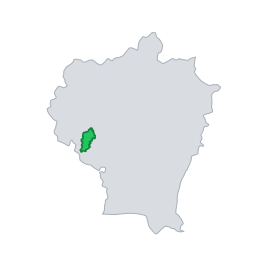 Myadzyel, Minsk, Belarus (highlighted), rotated 281°
{"feature_id": "67162791B89573771278316", "entity_name": "Myadzyel", "entity_type": "district", "adm_level": 2, "iso_a3": "BLR", "parent_name": "Belarus", "parent_adm1": "Minsk", "projection": "albers", "projection_center": [26.974, 54.814], "detail": "medium", "context": "in_parent", "style": "filled", "palette": "green", "viewbox_px": 256, "rotation_deg": 281, "n_neighbors": 0, "source": "geoboundaries", "source_scale": "gbopen_adm2", "svg_char_len": 5206}
<svg xmlns="http://www.w3.org/2000/svg" viewBox="0 0 256 256"><g transform="rotate(281 128 128)"><path d="M210.3,180.7L206.3,180.7L201.5,181.1L198.9,183.2L195.9,182.5L193.9,183.6L189.4,189.1L187.7,191.9L186.1,196.3L185.2,199.5L185.9,201.7L186.9,203.8L187.2,206.0L187.8,207.7L186.6,209.0L186.0,210.9L184.0,210.7L181.4,209.0L180.7,206.5L178.7,204.8L177.4,204.0L175.4,203.9L172.1,204.9L167.8,205.7L164.5,206.0L162.7,207.0L160.1,207.9L159.1,206.9L157.5,204.1L156.2,201.3L155.4,200.0L154.6,199.7L153.7,199.8L152.8,200.8L152.0,201.7L149.3,202.9L148.1,203.9L146.9,206.6L146.0,206.4L145.1,205.8L144.0,202.9L142.5,202.3L140.2,202.3L137.4,201.7L135.0,200.9L134.2,201.1L132.9,202.4L131.4,202.6L128.1,201.5L127.5,202.0L125.6,205.3L124.8,205.5L124.3,205.1L124.5,202.2L122.6,201.2L119.4,201.1L117.2,201.5L116.1,201.4L115.5,200.9L112.8,196.1L111.3,195.8L108.8,196.1L104.9,195.5L100.5,194.4L98.1,194.0L96.9,192.9L94.2,192.5L87.0,190.4L84.0,190.0L79.7,189.9L73.0,189.3L68.8,189.5L66.8,190.1L64.5,190.4L56.6,190.7L53.8,191.1L52.9,192.1L51.9,194.3L48.5,197.9L45.2,200.3L44.6,200.5L42.8,199.1L41.3,198.5L39.5,198.3L38.2,198.7L37.4,199.3L37.3,202.2L37.1,202.4L35.9,198.9L36.2,195.8L37.0,194.0L38.0,192.5L37.8,190.0L38.8,186.9L39.0,184.6L38.6,183.6L37.9,182.4L36.0,181.0L35.1,180.0L32.4,178.5L29.8,176.7L29.4,175.6L29.5,174.9L30.1,173.9L32.3,170.9L34.7,168.0L36.2,166.9L44.0,163.4L45.2,162.1L45.6,159.8L45.7,155.2L45.4,151.0L45.0,148.0L43.8,142.5L40.4,131.1L38.7,119.3L40.2,120.1L43.7,120.5L46.5,119.8L48.0,119.8L49.3,120.1L53.0,119.6L53.8,120.7L55.5,121.6L58.8,120.4L61.7,118.9L64.7,119.2L65.1,118.4L66.0,114.2L66.9,113.4L70.4,113.9L71.7,113.2L73.2,111.2L75.3,109.9L77.0,110.0L78.9,108.6L79.8,109.6L80.2,111.3L79.5,112.7L79.8,113.2L81.0,113.9L83.2,113.9L84.6,113.4L84.9,112.6L84.9,111.2L84.6,109.9L83.7,108.7L82.0,108.1L80.8,108.0L80.6,107.3L81.1,105.8L82.2,102.9L83.5,100.3L84.3,99.4L84.5,98.5L84.4,96.9L84.4,94.1L85.6,90.2L87.2,87.2L89.3,86.3L91.8,85.8L93.5,84.4L94.3,82.8L95.0,80.3L95.8,79.8L101.9,80.2L102.8,77.6L103.3,76.9L104.5,76.2L105.3,75.3L105.0,74.6L103.5,74.1L99.8,73.7L99.1,72.8L99.4,71.8L100.3,69.2L101.3,65.9L101.8,63.2L101.8,61.7L102.4,61.3L105.3,60.8L106.3,60.3L108.8,56.7L110.7,56.1L115.7,57.0L117.9,56.9L120.8,57.2L121.1,56.8L122.1,53.3L126.9,47.6L129.5,45.6L131.1,45.1L131.7,45.2L134.3,48.1L134.9,48.3L136.7,47.0L139.7,46.8L141.1,47.8L143.2,51.4L144.2,51.8L147.1,49.7L148.7,49.0L149.8,49.0L155.4,51.6L155.8,52.5L155.9,53.6L155.1,56.9L156.4,58.9L157.8,60.3L160.5,57.9L161.6,57.2L162.7,57.1L164.2,56.2L165.3,54.9L166.3,54.4L168.4,54.6L172.0,54.2L176.4,56.0L176.8,56.6L179.1,58.8L179.9,59.9L180.6,60.3L181.8,61.3L183.4,62.0L184.5,61.7L185.0,62.0L185.5,62.9L185.7,64.5L185.7,68.9L184.3,71.2L184.2,72.0L184.3,73.0L185.6,74.8L187.4,77.7L187.9,79.4L187.9,80.7L186.0,84.5L185.3,85.5L184.9,87.4L184.7,89.2L184.9,90.0L188.7,92.8L191.6,94.3L192.2,95.0L192.3,95.5L191.0,98.8L191.0,99.7L193.2,100.9L194.6,102.9L195.8,106.3L198.1,109.4L206.3,113.7L207.0,114.5L207.3,115.6L207.2,117.8L206.1,122.2L207.5,122.7L210.9,122.3L215.2,122.5L220.5,125.2L220.6,126.5L220.2,127.8L220.6,129.1L221.3,130.1L225.9,133.2L226.4,134.1L226.6,135.8L226.6,137.0L225.4,137.3L224.1,138.0L222.0,139.6L221.3,141.7L217.9,144.8L215.7,146.3L214.0,146.4L209.7,146.2L208.1,144.9L207.4,143.7L205.7,143.2L203.6,143.3L200.6,143.7L200.0,144.1L199.6,145.7L198.5,148.5L197.7,150.0L201.8,155.1L203.9,157.2L204.6,158.5L204.6,159.4L203.8,160.6L204.1,162.8L206.1,165.7L205.5,166.2L205.6,169.9L205.9,173.7L206.4,174.7L207.5,175.4L208.5,176.7L210.1,179.9L210.3,180.7Z" fill="#d9dde1" stroke="#a8b0b8" stroke-width="1"/><path d="M98.8,91.3L100.5,93.3L101.3,93.5L101.3,93.8L101.9,94.0L102.2,94.4L102.7,94.3L102.9,93.4L103.3,93.4L103.6,92.8L103.8,92.7L104.2,93.0L104.5,93.0L104.6,93.7L105.2,93.4L105.7,93.8L106.1,93.4L106.4,93.4L106.5,93.6L106.5,94.1L107.0,93.6L107.0,93.4L106.8,93.0L107.0,92.8L107.3,93.2L107.7,93.3L107.9,93.8L108.1,93.9L108.3,95.0L108.6,94.9L109.0,95.2L109.3,95.2L110.2,94.6L110.5,94.8L111.0,94.8L111.0,95.0L110.6,95.2L110.6,95.5L110.8,95.8L111.5,95.9L111.6,96.0L111.7,96.5L111.4,97.0L111.8,97.0L111.7,97.6L111.9,97.7L112.2,97.6L113.1,97.6L113.5,97.3L114.4,97.3L114.6,96.7L114.5,96.4L114.5,96.2L115.8,96.0L116.6,95.3L116.9,94.8L117.0,94.9L117.1,95.2L117.3,95.2L117.7,95.0L118.0,94.7L118.7,94.6L118.6,94.4L118.3,94.0L118.6,93.6L118.8,93.2L119.2,93.4L119.9,93.4L120.2,93.3L120.4,92.9L120.9,92.7L120.9,91.4L120.5,91.3L120.1,91.4L119.9,91.7L119.7,91.4L119.8,91.1L119.8,90.7L119.6,90.4L118.7,89.7L117.9,89.9L117.5,89.8L117.1,89.5L116.8,88.6L116.5,88.4L116.1,88.4L116.0,87.8L116.2,87.2L115.6,86.7L115.0,86.0L115.2,85.5L115.0,85.2L114.3,85.3L113.8,84.9L113.2,84.9L112.8,85.2L111.3,84.9L111.1,85.1L111.1,85.6L110.4,85.6L109.8,85.9L109.0,85.9L108.8,85.7L108.9,85.2L108.7,85.0L108.1,84.5L107.6,84.3L106.9,84.9L106.7,84.9L106.3,84.6L106.1,84.7L106.1,86.1L105.1,85.8L104.8,86.0L104.5,86.4L103.2,85.7L102.3,85.6L101.9,85.8L102.1,86.2L102.0,86.5L101.3,86.9L100.4,86.4L99.4,86.4L98.2,85.9L97.2,85.3L96.9,85.6L97.0,85.9L96.9,86.1L96.2,86.1L95.5,86.6L95.7,87.3L96.7,87.7L97.1,88.0L97.2,88.6L97.0,88.8L97.0,89.6L96.8,90.3L97.0,90.9L97.2,91.1L97.6,90.9L97.9,90.9L98.4,90.6L98.6,90.7L98.9,90.9L98.8,91.3Z" fill="#22c55e" stroke="#15803d" stroke-width="1.5"/></g></svg>